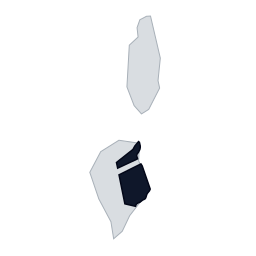 where Palauli sits in Samoa, rotated 257°
{"feature_id": "WSM-4994", "entity_name": "Palauli", "entity_type": "state/province", "adm_level": 1, "iso_a3": "WSM", "parent_name": "Samoa", "parent_adm1": "", "projection": "mercator", "projection_center": [-172.407, -13.719], "detail": "fine", "context": "in_parent", "style": "filled", "palette": "ink", "viewbox_px": 256, "rotation_deg": 257, "n_neighbors": 0, "source": "natural_earth", "source_scale": "10m", "svg_char_len": 904}
<svg xmlns="http://www.w3.org/2000/svg" viewBox="0 0 256 256"><g transform="rotate(257 128 128)"><path d="M93.4,80.8L111.1,96.1L118.1,116.4L110.5,135.8L93.8,131.0L69.6,135.1L61.6,133.7L42.2,109.9L28.7,99.2L23.3,89.1L40.5,90.3L65.5,83.6L93.4,80.8ZM232.0,175.1L188.8,175.2L167.4,167.9L159.8,167.8L141.5,152.4L138.7,144.3L148.4,139.0L168.3,136.2L208.4,147.9L214.4,158.3L223.7,159.4L230.8,163.9L232.7,171.2L232.0,175.1Z" fill="#d9dde1" stroke="#a8b0b8" stroke-width="1"/><path d="M90.1,132.5L87.9,133.3L63.5,135.9L62.0,134.8L60.4,132.7L59.1,131.4L56.6,130.0L55.3,129.0L54.8,127.6L54.5,126.1L53.0,122.9L52.7,120.9L51.9,118.9L50.0,117.7L54.8,107.9L80.7,108.6L84.4,108.7L90.1,132.5ZM112.4,135.2L111.5,135.9L107.7,135.9L106.1,135.5L104.4,134.7L101.9,132.6L100.6,131.0L99.1,130.2L95.8,130.4L91.2,108.9L97.0,109.0L106.0,128.0L108.9,130.6L112.4,135.2Z" fill="#0f172a" stroke="#020617" stroke-width="1.5"/></g></svg>